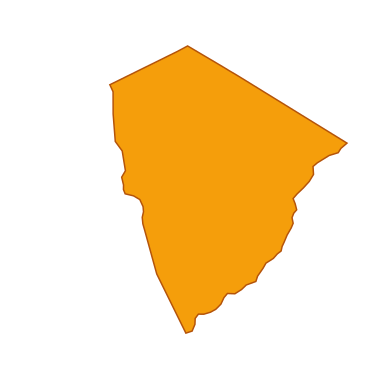 outline of Ouro Branco, Alagoas, Brazil, rotated 205°
{"feature_id": "56859067B3091732010719", "entity_name": "Ouro Branco", "entity_type": "district", "adm_level": 2, "iso_a3": "BRA", "parent_name": "Brazil", "parent_adm1": "Alagoas", "projection": "mercator", "projection_center": [-37.381, -9.112], "detail": "fine", "context": "isolated", "style": "filled", "palette": "amber", "viewbox_px": 384, "rotation_deg": 205, "n_neighbors": 0, "source": "geoboundaries", "source_scale": "gbopen_adm2", "svg_char_len": 927}
<svg xmlns="http://www.w3.org/2000/svg" viewBox="0 0 384 384"><g transform="rotate(205 192 192)"><path d="M133.1,66.0L133.4,73.3L135.7,78.8L134.6,84.0L129.6,86.3L124.4,90.9L120.8,95.9L118.4,102.6L118.4,109.8L117.0,115.0L110.1,117.9L105.8,124.7L103.5,130.7L96.3,137.9L97.0,143.5L95.4,152.7L94.9,158.8L90.2,166.2L88.5,172.0L86.3,176.2L87.3,180.7L87.3,185.4L87.6,193.2L86.9,201.3L87.1,206.4L90.5,211.0L90.8,215.8L89.6,220.1L93.5,224.9L97.6,228.8L95.9,234.8L92.8,242.7L90.2,251.1L89.3,259.3L93.1,266.3L90.7,271.5L83.1,283.1L76.1,289.4L75.5,294.4L72.2,301.8L198.7,316.6L209.8,317.7L216.1,318.4L257.7,322.5L265.3,312.4L270.3,306.2L311.8,254.5L305.9,249.5L296.4,229.3L282.9,205.4L272.6,199.7L261.3,183.1L262.0,175.7L257.0,169.4L255.2,165.3L251.8,162.1L243.4,163.8L236.1,163.1L230.2,158.1L227.6,153.6L226.4,148.0L223.1,142.4L219.3,138.0L189.3,102.8L137.9,61.5L133.1,66.0Z" fill="#f59e0b" stroke="#b45309" stroke-width="1.5"/></g></svg>